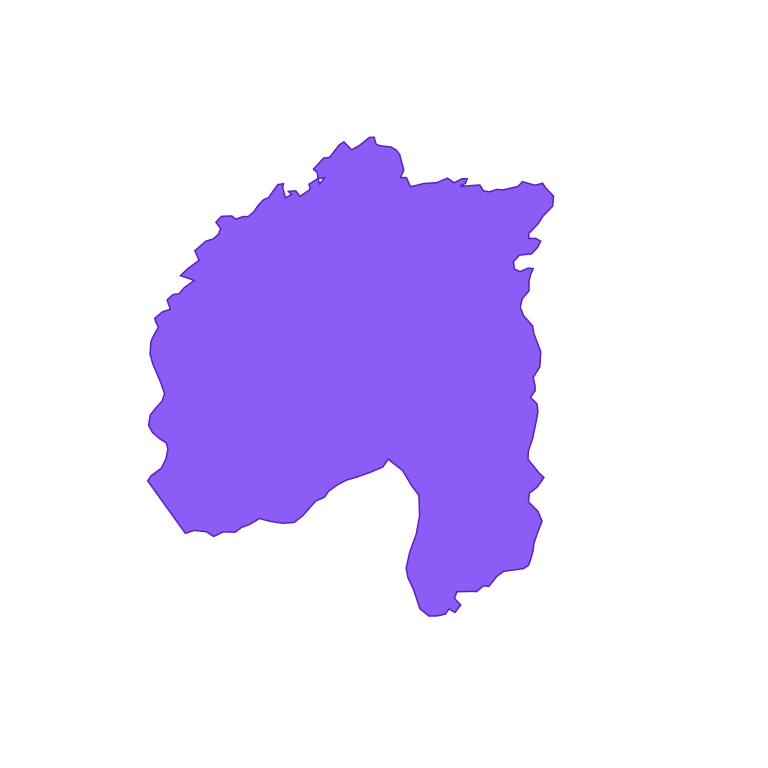 Aparecida do Rio Doce, Goiás, Brazil, rotated 233°
{"feature_id": "56859067B6443042968198", "entity_name": "Aparecida do Rio Doce", "entity_type": "district", "adm_level": 2, "iso_a3": "BRA", "parent_name": "Brazil", "parent_adm1": "Goiás", "projection": "equal_earth", "projection_center": [-51.254, -18.22], "detail": "fine", "context": "isolated", "style": "filled", "palette": "violet", "viewbox_px": 768, "rotation_deg": 233, "n_neighbors": 0, "source": "geoboundaries", "source_scale": "gbopen_adm2", "svg_char_len": 2596}
<svg xmlns="http://www.w3.org/2000/svg" viewBox="0 0 768 768"><g transform="rotate(233 384 384)"><path d="M557.9,223.1L553.2,219.1L548.6,215.1L539.0,211.4L519.4,206.5L508.5,203.0L503.9,196.6L502.4,188.4L500.0,178.7L492.6,171.1L484.5,169.9L475.0,172.0L467.8,174.7L462.4,172.5L455.4,164.8L450.7,155.4L450.9,142.8L448.9,137.0L389.2,135.6L384.3,135.5L381.3,144.4L372.7,153.4L364.7,156.2L362.6,166.8L355.2,176.0L355.2,184.0L352.8,191.9L351.5,203.7L343.4,209.9L333.9,219.1L327.5,228.9L327.7,239.3L329.0,246.6L330.2,251.7L331.6,259.2L329.4,268.5L331.8,275.4L331.4,287.1L329.7,296.6L326.3,305.4L321.8,319.7L318.4,333.1L321.4,342.0L303.9,346.8L286.3,344.9L274.1,344.9L257.1,332.9L244.5,319.2L234.3,303.4L223.5,290.8L215.0,286.6L202.2,283.9L182.9,277.4L171.7,280.2L166.9,286.6L163.3,294.5L165.2,300.5L158.8,303.2L161.4,312.3L170.3,311.2L174.2,317.2L165.5,329.4L162.5,332.9L162.9,342.0L159.3,346.0L162.4,358.3L162.4,366.8L152.6,384.3L152.2,390.2L155.3,395.1L161.2,402.8L166.2,407.5L172.5,416.6L179.3,427.6L189.5,430.3L202.9,428.5L209.3,434.3L209.5,444.6L213.1,455.5L219.5,454.3L237.1,453.7L243.5,458.8L251.0,469.9L264.4,485.1L269.4,490.3L276.2,494.3L285.2,492.9L287.8,500.9L292.6,504.0L299.4,507.1L303.9,518.8L315.4,528.6L333.9,534.0L341.0,537.7L354.4,536.6L363.1,538.9L369.0,545.8L371.0,555.7L378.8,561.7L383.1,566.8L386.3,572.6L389.8,568.9L391.8,560.3L397.3,557.4L403.8,560.9L405.4,569.7L399.2,580.0L400.5,588.3L403.7,595.1L409.0,592.8L412.9,587.4L417.0,590.0L419.2,603.4L422.4,612.0L424.5,625.7L432.0,632.5L443.3,631.1L448.9,631.5L451.9,624.2L462.3,616.3L461.1,610.0L467.5,595.7L471.5,591.2L474.0,583.9L478.3,579.7L485.3,580.3L496.0,563.7L495.3,570.0L497.9,574.0L500.9,570.0L502.6,561.1L510.2,558.6L513.1,547.2L520.4,536.0L523.2,529.2L525.7,523.9L535.3,526.1L538.9,521.4L543.0,528.6L557.8,534.6L563.4,534.6L569.2,532.1L576.4,524.5L580.4,522.0L587.0,524.6L589.7,520.8L589.3,508.0L590.5,499.1L601.5,497.7L601.9,492.2L597.7,476.9L600.8,471.7L598.0,456.9L593.0,458.0L587.8,454.8L588.7,444.3L583.8,442.3L584.5,429.8L591.3,429.8L595.4,423.6L590.9,424.0L592.1,417.4L601.5,421.1L604.5,424.3L607.1,419.2L604.9,411.7L602.2,403.9L603.7,398.8L602.5,391.5L600.0,384.0L599.4,376.3L602.5,372.3L604.9,364.8L609.8,363.6L615.8,355.0L614.3,347.1L606.6,347.1L603.3,342.2L602.6,334.9L605.3,327.7L604.3,313.2L599.5,312.0L594.1,310.8L594.2,296.5L593.0,286.6L585.0,292.2L580.9,294.6L581.1,282.2L579.4,274.5L582.4,269.4L581.7,261.4L572.2,258.3L574.9,251.0L574.5,240.6L570.2,238.8L565.3,238.2L561.1,228.8L557.9,223.1ZM587.8,454.8L584.5,460.6L582.5,452.9L587.8,454.8Z" fill="#8b5cf6" stroke="#5b21b6" stroke-width="1.5"/></g></svg>